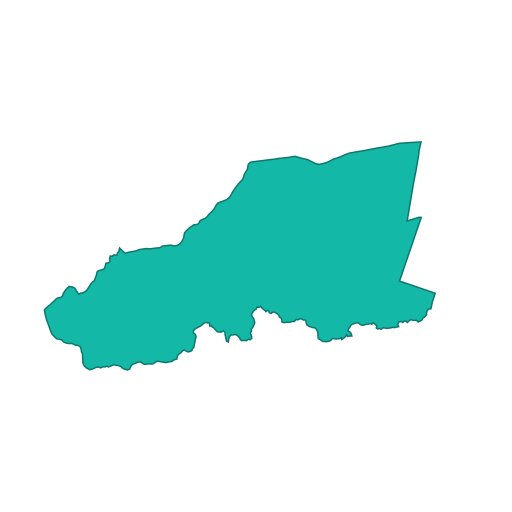 Plácido de Castro, Acre, Brazil (Natural Earth projection), rotated 19°
{"feature_id": "56859067B28621005607403", "entity_name": "Plácido de Castro", "entity_type": "district", "adm_level": 2, "iso_a3": "BRA", "parent_name": "Brazil", "parent_adm1": "Acre", "projection": "natural_earth1", "projection_center": [-67.366, -10.241], "detail": "fine", "context": "isolated", "style": "filled", "palette": "teal", "viewbox_px": 512, "rotation_deg": 19, "n_neighbors": 0, "source": "geoboundaries", "source_scale": "gbopen_adm2", "svg_char_len": 5532}
<svg xmlns="http://www.w3.org/2000/svg" viewBox="0 0 512 512"><g transform="rotate(19 256 256)"><path d="M374.9,94.4L372.9,95.2L371.1,96.0L368.4,97.1L366.1,98.0L361.6,99.9L357.9,101.5L355.3,102.6L353.7,103.5L352.3,104.4L350.1,105.9L348.4,107.0L345.7,108.8L343.9,109.8L341.6,111.2L340.1,112.0L338.7,112.7L336.6,113.8L334.9,114.8L328.4,118.5L324.4,120.9L319.3,123.6L315.2,125.8L313.6,126.8L311.4,127.9L309.3,129.5L306.7,131.7L303.6,134.6L300.8,136.9L297.8,139.0L295.7,141.2L293.5,143.7L291.1,145.5L289.4,146.7L287.7,147.7L285.7,148.9L282.4,149.3L278.8,148.8L273.7,148.1L265.9,148.8L262.6,148.9L260.8,149.0L258.7,149.9L255.4,151.8L249.6,154.6L245.6,156.4L241.8,158.5L239.6,159.5L234.7,161.9L223.9,167.2L220.4,169.0L218.9,171.3L219.1,174.0L219.5,176.0L219.4,178.5L218.7,180.7L218.3,183.1L218.6,185.9L217.9,189.2L216.6,191.9L215.8,193.7L215.0,195.9L214.1,198.9L213.4,201.7L213.0,203.5L212.4,206.9L211.3,210.1L210.4,211.6L209.3,212.8L206.2,215.5L204.5,216.7L202.7,218.4L201.8,220.8L201.6,222.6L201.0,225.3L200.1,227.9L199.0,229.8L197.6,232.7L197.0,234.8L195.8,236.7L191.7,240.6L191.3,243.2L190.7,244.8L189.0,245.9L186.7,247.0L185.7,248.8L184.0,250.8L182.8,253.2L181.7,255.4L181.0,257.3L181.1,259.4L181.7,262.3L181.5,264.5L181.0,267.1L180.2,269.2L178.8,270.8L177.1,272.3L175.5,273.1L172.2,273.4L169.7,274.4L166.7,275.9L164.4,277.0L163.1,278.8L161.8,279.7L159.6,280.7L156.3,282.3L153.6,283.7L151.7,284.3L149.9,284.6L145.7,286.8L143.5,288.0L141.3,290.0L138.7,291.5L133.2,294.6L131.7,296.1L129.2,295.1L124.4,292.9L124.8,295.9L124.1,298.2L124.3,300.1L122.9,301.0L121.3,301.2L119.9,303.2L118.2,303.4L118.4,306.3L119.6,308.5L118.9,310.4L116.5,311.6L116.7,314.8L116.9,317.2L114.5,319.5L111.8,321.2L110.9,322.9L111.2,325.0L111.3,327.5L111.2,329.8L111.2,332.0L109.9,333.8L109.1,335.5L108.3,338.9L107.7,341.2L107.1,343.6L105.7,345.7L104.2,347.3L102.3,348.2L100.7,349.9L99.1,348.4L97.7,347.7L96.5,346.4L94.7,345.3L92.2,345.1L89.2,345.6L87.5,348.8L86.6,351.5L86.0,354.1L86.0,356.6L85.3,358.4L83.4,359.5L81.6,360.8L80.2,363.4L79.0,365.7L78.1,367.3L77.3,369.2L75.9,370.9L75.1,372.4L73.4,375.8L76.0,380.4L79.0,384.9L81.5,387.9L84.7,391.8L87.1,394.8L89.0,396.6L92.9,398.5L94.4,399.2L96.7,398.8L98.3,398.7L99.9,398.7L101.5,399.7L103.1,400.1L106.1,400.0L107.9,399.6L109.8,398.8L112.4,398.7L114.3,399.2L116.0,398.6L118.2,398.6L119.8,399.5L121.2,401.4L122.1,403.3L123.6,404.8L124.3,406.4L125.1,408.2L126.2,410.9L127.1,413.4L129.0,415.6L131.3,416.8L134.0,417.4L136.0,417.6L138.6,415.7L140.8,413.6L143.0,412.3L145.7,412.3L147.1,410.8L149.4,410.0L150.5,408.8L152.7,408.9L154.0,407.8L155.2,406.7L157.1,404.9L159.2,405.0L161.2,404.4L163.7,404.4L166.2,405.5L167.8,405.8L171.6,405.6L173.3,404.1L173.7,400.5L174.8,398.3L177.2,396.5L179.0,394.8L180.9,393.8L183.1,394.2L184.5,394.6L186.4,394.7L188.0,393.6L190.3,392.7L192.4,392.2L193.9,391.4L195.0,389.8L196.5,387.9L198.7,387.2L200.2,387.1L203.1,386.5L205.8,386.0L208.0,384.5L210.5,383.4L212.4,380.8L214.7,379.2L214.3,376.8L214.5,374.5L216.3,372.4L217.3,370.0L218.6,368.1L220.9,368.6L223.1,368.8L225.0,367.5L226.2,366.3L226.1,364.6L227.0,362.4L226.5,360.1L226.3,357.7L225.8,355.1L225.7,352.0L224.1,349.8L221.9,349.1L221.2,347.3L222.3,344.5L224.6,342.1L226.4,340.2L227.6,338.3L228.5,336.6L230.3,335.1L232.2,335.0L233.6,334.2L234.4,335.9L235.2,337.4L236.4,336.2L237.8,337.5L239.3,337.6L241.3,338.8L243.9,340.2L246.2,339.8L247.9,339.3L249.5,337.3L251.6,338.5L252.4,340.5L253.3,341.9L254.5,344.1L256.0,346.2L257.9,346.3L257.3,343.7L257.1,341.0L258.1,338.9L259.9,338.1L261.9,337.0L264.3,337.1L265.6,338.1L267.2,338.6L268.4,340.2L270.0,340.7L272.2,339.7L274.5,339.2L275.8,337.2L277.8,337.1L278.8,335.1L278.0,333.4L277.0,332.1L275.8,330.7L276.2,328.4L275.3,326.5L276.2,324.5L276.6,319.7L275.5,317.9L274.2,315.9L271.7,314.2L270.7,312.1L271.4,309.6L272.2,307.6L273.6,305.9L273.5,304.1L275.5,303.7L277.0,302.1L278.8,303.3L280.4,304.0L281.9,304.5L283.5,305.3L284.5,303.7L286.3,304.0L287.2,305.4L289.0,305.4L290.2,303.5L292.0,303.0L294.4,303.6L296.9,304.4L298.0,306.2L299.8,306.3L301.0,307.7L302.2,310.1L304.1,309.9L306.3,308.8L308.2,308.1L309.8,307.5L311.4,306.2L313.7,305.3L314.7,302.9L316.4,302.7L318.0,301.1L319.7,300.7L321.8,301.1L323.5,300.4L324.6,301.5L325.5,303.4L327.1,304.9L329.7,305.3L331.3,305.2L333.1,305.2L334.9,304.7L336.6,305.4L338.1,306.6L339.7,308.9L340.6,311.4L341.8,313.9L343.7,314.1L345.2,314.6L346.8,315.1L348.6,314.6L350.7,314.0L352.9,312.8L354.1,311.6L354.9,309.4L356.6,308.7L358.3,308.6L360.0,307.9L361.8,306.9L363.3,305.5L364.2,307.0L365.7,305.2L366.8,302.9L367.4,301.0L368.7,302.3L370.5,301.2L372.6,300.5L371.6,298.8L370.1,297.4L368.7,297.1L367.1,296.7L367.1,294.7L367.9,292.9L368.2,290.8L369.1,289.2L370.6,288.2L372.3,286.8L374.7,285.8L376.7,286.8L378.6,287.0L380.6,286.2L382.3,284.7L384.2,283.9L386.0,282.8L387.6,282.8L388.4,280.9L390.9,281.8L393.2,282.8L393.1,284.9L394.9,285.4L396.5,284.3L398.2,284.5L399.8,282.3L401.8,282.1L403.7,281.6L405.3,280.8L407.0,280.0L408.7,278.8L410.2,278.7L412.2,277.4L413.9,276.3L412.3,274.6L412.5,271.8L414.5,270.7L416.4,271.1L417.2,269.5L418.7,268.7L420.7,269.6L421.9,267.5L423.1,265.6L424.9,265.8L426.8,265.2L429.0,264.6L430.8,265.6L432.3,264.3L433.7,262.6L434.0,260.3L435.3,258.8L436.4,256.3L435.8,254.1L435.6,252.0L436.5,249.9L438.6,249.0L437.7,241.8L437.6,232.9L427.1,232.9L419.3,232.9L402.5,233.0L399.8,233.0L399.9,226.7L399.8,217.5L399.8,209.4L399.8,195.4L399.7,185.5L399.7,178.3L399.7,165.7L397.4,166.4L389.9,171.9L387.5,173.6L383.4,148.9L381.4,137.1L379.6,124.0L376.7,106.2L375.9,103.5L374.9,94.4Z" fill="#14b8a6" stroke="#0f766e" stroke-width="1.5"/></g></svg>